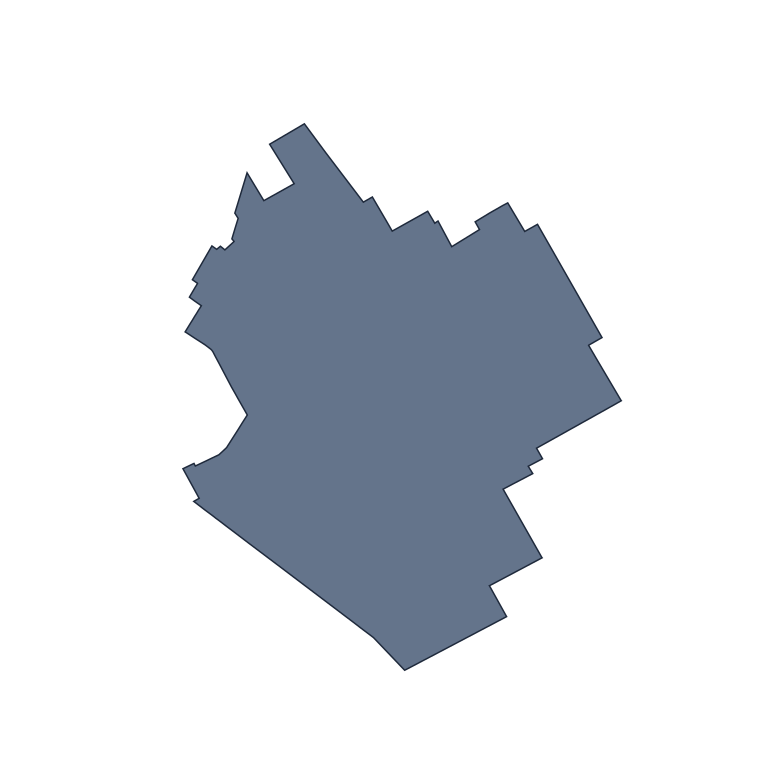 Guasayán, Santiago del Estero, Argentina, rotated 319°
{"feature_id": "61730980B4030066976433", "entity_name": "Guasayán", "entity_type": "district", "adm_level": 2, "iso_a3": "ARG", "parent_name": "Argentina", "parent_adm1": "Santiago del Estero", "projection": "robinson", "projection_center": [-64.92, -27.96], "detail": "fine", "context": "isolated", "style": "filled", "palette": "slate", "viewbox_px": 768, "rotation_deg": 319, "n_neighbors": 0, "source": "geoboundaries", "source_scale": "gbopen_adm2", "svg_char_len": 1695}
<svg xmlns="http://www.w3.org/2000/svg" viewBox="0 0 768 768"><g transform="rotate(319 384 384)"><path d="M552.1,552.3L552.1,552.1L561.1,503.3L563.8,489.0L564.0,489.0L579.0,492.0L588.1,446.7L597.0,402.3L604.6,364.2L590.3,361.2L596.2,328.5L590.7,327.2L575.6,324.2L559.2,321.4L557.4,330.1L525.2,324.8L531.7,296.4L527.8,296.0L530.3,282.3L490.5,274.0L492.5,263.8L497.9,235.2L487.7,233.2L491.8,170.9L494.6,135.4L455.0,128.0L447.6,173.9L413.6,166.8L419.2,134.8L394.7,150.2L383.5,157.2L383.5,157.4L382.6,163.1L382.6,163.3L373.9,168.7L364.4,174.7L364.4,177.9L364.4,178.0L364.2,178.1L351.9,178.4L351.8,177.7L350.9,172.7L346.1,172.6L344.7,166.9L329.0,172.3L307.8,179.6L309.3,185.7L309.2,185.8L308.8,185.9L307.1,186.5L305.4,187.0L300.3,188.7L294.1,190.8L295.6,197.5L297.5,205.1L292.1,206.7L288.4,207.9L285.6,208.7L281.0,210.2L277.0,211.4L274.5,212.2L268.1,214.2L269.6,219.4L271.4,225.9L273.0,231.3L274.7,237.3L276.1,244.1L276.2,245.6L276.0,247.5L274.9,252.0L273.6,257.7L273.1,259.9L266.9,286.2L265.7,292.2L264.2,299.3L260.5,317.7L260.2,317.8L251.7,320.3L243.6,322.8L233.7,325.7L224.9,328.3L223.6,328.7L222.1,328.8L213.0,329.1L206.2,327.2L199.9,325.5L187.8,322.1L188.5,319.3L187.2,318.9L183.5,317.9L176.7,316.0L170.8,343.1L169.9,347.1L169.5,349.0L165.0,348.1L163.4,347.8L166.3,362.1L167.3,366.6L168.6,372.7L169.0,375.0L169.6,377.5L171.7,387.8L172.7,392.5L177.7,416.5L184.7,449.4L204.4,543.0L206.5,553.4L207.5,558.1L209.7,568.5L211.2,600.7L211.8,613.6L218.1,615.1L323.5,639.9L323.9,640.0L324.0,639.5L331.2,605.5L331.2,605.4L389.3,618.9L389.3,618.5L404.9,541.5L415.6,544.0L437.5,549.2L438.9,540.7L454.6,544.4L457.0,532.5L536.9,549.2L552.1,552.3Z" fill="#64748b" stroke="#1e293b" stroke-width="1.5"/></g></svg>